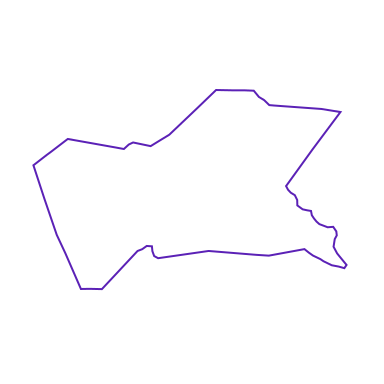 outline of Padre Marcos, Piauí, Brazil, rotated 275°
{"feature_id": "56859067B96741348812149", "entity_name": "Padre Marcos", "entity_type": "district", "adm_level": 2, "iso_a3": "BRA", "parent_name": "Brazil", "parent_adm1": "Piauí", "projection": "robinson", "projection_center": [-40.885, -7.38], "detail": "fine", "context": "isolated", "style": "outline", "palette": "violet", "viewbox_px": 384, "rotation_deg": 275, "n_neighbors": 0, "source": "geoboundaries", "source_scale": "gbopen_adm2", "svg_char_len": 1039}
<svg xmlns="http://www.w3.org/2000/svg" viewBox="0 0 384 384"><g transform="rotate(275 192 192)"><path d="M204.8,31.7L172.5,45.5L137.5,61.0L119.9,71.2L85.7,89.8L86.6,98.4L87.4,110.7L128.5,142.9L130.7,147.4L134.3,151.6L134.4,156.8L129.6,157.7L124.9,159.9L123.1,164.0L134.7,213.7L135.0,261.4L135.3,274.1L144.9,309.0L141.7,313.8L139.2,318.1L136.3,325.8L134.5,329.0L131.2,337.6L130.5,344.6L129.4,350.4L132.8,352.3L140.9,344.4L143.5,341.9L149.8,337.8L157.5,338.3L161.4,340.0L165.3,339.2L169.6,335.7L168.7,330.2L171.1,321.7L173.4,318.6L176.3,315.8L179.3,313.4L183.5,312.2L183.8,308.3L184.4,303.7L187.8,298.1L193.2,297.5L197.8,294.7L199.9,290.5L202.6,287.5L206.1,285.2L245.0,308.4L284.6,332.9L286.0,313.7L285.4,273.6L285.3,266.1L285.3,261.4L289.8,255.9L292.5,250.4L298.3,244.7L297.9,236.3L296.8,223.2L295.7,207.1L276.2,190.1L252.1,168.8L247.1,164.4L240.7,155.7L234.1,146.8L236.2,129.0L233.8,124.9L228.9,120.4L229.7,111.9L234.0,63.6L219.9,48.2L216.2,44.0L212.5,40.0L208.5,35.7L204.8,31.7Z" fill="none" stroke="#5b21b6" stroke-width="2"/></g></svg>